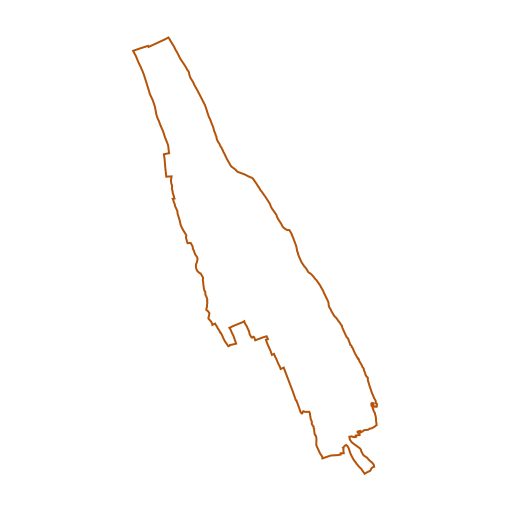 the district of Alexandru Vlahuta, Vaslui, Romania, rotated 178°
{"feature_id": "2599482B68541594325283", "entity_name": "Alexandru Vlahuta", "entity_type": "district", "adm_level": 2, "iso_a3": "ROU", "parent_name": "Romania", "parent_adm1": "Vaslui", "projection": "robinson", "projection_center": [27.622, 46.447], "detail": "fine", "context": "isolated", "style": "outline", "palette": "amber", "viewbox_px": 512, "rotation_deg": 178, "n_neighbors": 0, "source": "geoboundaries", "source_scale": "gbopen_adm2", "svg_char_len": 6012}
<svg xmlns="http://www.w3.org/2000/svg" viewBox="0 0 512 512"><g transform="rotate(178 256 256)"><path d="M371.7,465.3L369.1,460.1L366.6,453.3L364.3,448.2L363.8,446.6L362.9,444.6L361.6,440.7L360.0,434.9L359.6,433.8L359.2,432.0L358.8,430.5L357.1,424.4L356.5,421.8L353.6,414.9L351.8,408.6L350.7,401.3L350.0,398.5L349.5,396.9L348.3,394.2L347.5,391.6L346.1,387.8L344.5,383.9L342.8,377.7L340.8,372.3L339.9,369.2L339.8,368.1L339.6,364.6L339.2,361.8L344.5,360.9L344.0,356.4L343.6,347.9L342.9,338.4L337.6,338.5L338.3,334.8L338.3,332.9L338.0,330.9L337.6,330.1L337.5,329.2L337.4,328.0L337.7,326.4L337.6,325.4L337.2,324.4L336.9,321.4L336.0,318.8L335.7,316.7L335.5,316.3L337.2,316.0L336.7,314.7L336.3,312.8L335.3,310.3L335.2,308.9L334.9,308.1L334.1,306.3L333.0,303.5L333.0,302.0L332.8,300.7L330.9,293.6L330.5,291.1L330.1,289.4L329.2,287.0L327.0,282.7L326.7,282.5L324.9,279.0L324.9,278.6L325.3,277.3L325.3,276.5L324.1,271.6L323.9,271.2L320.9,271.4L319.0,267.8L318.9,265.8L318.2,264.0L317.8,263.3L317.3,261.3L316.6,259.5L315.1,257.3L314.7,256.2L314.5,255.5L314.6,254.6L315.3,251.8L316.3,249.6L316.4,248.8L316.3,248.2L316.5,247.4L316.1,245.2L315.2,243.1L313.2,241.1L312.3,240.5L311.9,240.5L309.8,236.5L309.7,235.4L310.0,234.0L309.7,231.5L309.7,229.5L309.4,228.1L309.3,225.5L308.7,223.0L308.3,222.7L308.0,221.9L307.9,221.1L308.0,219.9L307.8,218.9L306.8,216.5L306.2,214.1L306.2,213.4L306.5,212.8L306.5,212.3L306.2,211.3L306.6,209.2L306.7,207.1L307.5,204.7L307.5,203.9L306.7,203.1L305.9,202.5L304.6,200.6L305.0,197.9L305.6,196.5L305.7,195.1L303.2,192.0L302.1,189.8L302.0,188.7L299.3,189.9L297.7,187.0L297.3,186.7L297.0,185.5L296.8,185.0L296.1,184.1L295.4,182.9L294.5,180.9L294.3,181.0L293.0,178.8L291.6,175.2L290.2,172.1L286.8,166.8L285.5,167.3L285.2,167.9L284.5,168.1L283.8,168.1L278.9,169.1L281.2,176.6L282.9,180.4L284.0,183.4L285.1,185.1L281.5,186.7L271.8,190.3L270.0,191.2L269.9,190.4L269.4,189.1L267.4,185.5L266.9,184.0L265.5,180.8L265.1,178.0L263.3,174.7L262.6,174.6L261.8,175.3L261.3,175.4L261.1,175.3L260.4,174.2L259.7,171.8L251.4,174.6L248.2,175.4L247.0,172.5L249.0,171.9L248.9,171.4L247.3,166.8L244.9,161.0L243.6,156.8L243.5,156.6L241.4,157.5L240.2,154.3L239.1,152.0L237.5,147.6L236.2,144.9L235.3,142.2L232.2,143.5L223.8,118.8L221.2,110.4L220.6,110.2L220.5,109.8L218.2,102.7L217.0,98.6L216.2,97.5L215.6,97.0L215.2,97.2L214.6,98.9L213.9,99.2L212.5,98.5L208.2,98.4L207.5,96.6L207.6,95.7L206.9,90.7L206.2,89.2L205.9,87.7L206.2,86.5L205.1,84.3L204.4,83.6L204.3,83.3L204.5,82.1L203.9,81.1L204.0,79.7L203.9,79.2L203.9,78.4L203.7,77.6L203.8,76.9L203.4,75.7L203.4,75.3L202.8,74.9L202.1,73.0L202.0,70.5L202.3,66.1L202.3,64.9L202.2,64.4L198.9,56.5L197.2,53.8L196.8,53.0L196.7,51.4L188.2,54.0L180.3,54.2L179.9,54.5L179.2,54.6L178.3,54.6L178.2,55.9L175.2,55.8L175.4,57.7L175.4,59.7L175.3,60.7L175.8,61.3L174.9,62.1L173.8,63.3L172.6,64.0L172.1,63.7L171.2,62.7L170.2,61.0L168.5,55.2L166.1,50.0L164.8,47.8L163.5,46.2L162.7,44.7L162.1,44.1L160.2,41.6L158.1,39.5L157.5,38.3L155.2,34.9L155.1,34.6L151.8,36.3L149.6,37.2L148.6,38.4L148.3,39.4L147.9,39.9L146.6,40.9L145.3,41.2L145.5,42.9L146.0,43.9L147.2,45.5L149.9,47.9L152.1,50.6L154.8,52.5L155.6,53.3L156.0,53.8L157.6,57.2L158.0,58.9L158.7,60.0L166.3,66.0L167.0,66.8L168.0,68.2L168.6,69.3L169.0,72.1L166.6,72.4L166.5,72.2L164.8,71.7L163.0,71.5L162.6,71.6L162.3,71.8L162.7,72.7L162.7,73.1L159.1,73.4L158.7,73.5L158.9,74.2L159.0,75.1L159.3,75.4L160.3,75.8L160.6,76.1L160.7,76.8L160.5,77.0L157.9,77.6L157.6,77.1L157.4,76.1L157.2,76.2L156.6,76.7L155.5,76.9L154.7,77.8L153.7,78.2L150.1,78.4L148.3,79.5L146.7,79.7L145.0,80.4L144.1,81.0L143.0,81.5L142.1,82.4L141.4,82.7L141.4,83.6L141.8,87.6L141.8,90.2L142.2,92.5L142.6,93.9L142.7,95.1L143.5,96.2L144.3,98.5L144.2,99.1L144.6,99.6L145.0,101.6L145.5,102.0L145.8,102.4L145.9,103.7L145.8,104.7L145.1,105.1L144.1,104.9L143.9,104.7L143.7,104.0L143.8,103.5L144.0,103.4L143.6,101.5L143.2,101.3L142.5,101.2L141.6,101.5L141.2,101.1L140.5,101.3L140.5,101.5L140.6,102.4L140.3,103.2L140.4,104.2L141.0,104.6L141.5,104.6L141.6,104.8L141.4,106.6L141.6,107.5L143.0,110.0L144.1,113.2L144.8,114.7L147.1,122.4L148.6,128.2L148.5,130.4L148.9,131.0L149.7,131.6L150.8,133.7L150.9,134.7L152.1,138.1L152.3,139.9L153.5,141.3L153.7,142.1L154.2,143.3L156.4,147.4L156.8,148.9L157.3,149.9L157.7,149.8L158.4,151.3L158.6,151.4L159.5,153.3L160.2,154.5L162.0,158.9L162.6,160.7L163.5,161.7L163.6,162.7L163.9,163.3L164.8,163.7L165.0,164.3L165.1,165.1L165.9,167.2L166.8,170.1L167.3,170.9L168.0,171.4L169.0,173.4L172.2,181.2L172.6,183.4L173.6,184.6L174.5,186.3L175.8,188.0L176.8,189.5L177.1,190.1L178.2,191.6L180.2,193.7L180.7,195.0L182.1,197.3L183.5,200.5L184.6,202.3L185.1,204.6L185.1,206.0L185.4,207.7L186.5,210.5L187.3,211.9L188.3,214.5L189.2,216.1L190.0,218.6L191.5,221.5L192.2,222.5L192.5,223.6L196.3,229.6L198.0,231.4L198.4,232.1L198.6,232.5L200.8,235.2L202.5,236.8L203.4,237.3L204.3,238.1L206.2,241.6L208.1,244.0L210.7,248.1L212.9,253.6L213.9,256.5L214.0,257.9L214.4,258.5L214.6,259.0L215.4,264.3L216.6,268.0L217.8,271.4L218.2,272.9L218.9,274.4L219.7,276.9L221.3,280.0L221.7,280.6L222.2,280.8L223.4,280.8L224.1,281.0L225.2,281.6L227.7,283.6L228.3,284.3L229.7,287.3L232.6,292.2L233.8,294.7L234.1,296.3L238.5,303.0L239.6,305.3L240.1,307.3L241.6,309.9L245.1,315.7L246.3,317.4L248.0,320.1L249.0,321.3L250.7,324.5L251.3,325.3L253.5,329.0L256.4,333.5L257.5,334.4L259.8,335.3L264.5,337.9L271.5,340.8L272.5,341.7L273.3,342.9L277.3,346.1L277.9,346.7L281.7,354.0L284.3,360.0L285.0,361.2L285.4,362.7L286.0,363.7L286.8,365.6L287.2,366.0L288.4,368.6L288.7,369.6L289.7,370.9L291.1,374.1L291.5,376.9L292.0,377.9L292.5,380.1L293.3,381.9L294.0,385.0L294.8,387.7L295.6,389.6L296.3,391.9L296.9,393.6L297.3,394.9L298.1,396.2L299.5,400.9L300.5,404.6L301.7,408.5L308.3,422.6L311.8,429.4L312.7,431.8L315.3,436.4L315.9,438.0L316.3,439.7L316.6,441.8L316.9,442.6L317.3,443.4L318.2,444.5L320.1,448.3L324.7,455.7L328.0,462.8L328.9,464.2L330.6,468.1L333.6,473.3L335.1,476.2L335.9,477.4L340.1,475.4L356.1,468.7L356.6,469.8L365.3,467.3L371.7,465.3Z" fill="none" stroke="#b45309" stroke-width="2"/></g></svg>